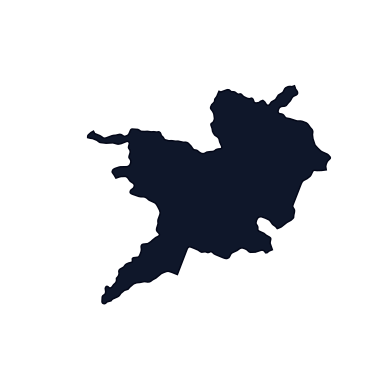 Concepción de la Vega, La Vega, Dominican Republic (Natural Earth projection), rotated 111°
{"feature_id": "3306468B4333912279461", "entity_name": "Concepción de la Vega", "entity_type": "district", "adm_level": 2, "iso_a3": "DOM", "parent_name": "Dominican Republic", "parent_adm1": "La Vega", "projection": "natural_earth1", "projection_center": [-70.509, 19.202], "detail": "fine", "context": "isolated", "style": "filled", "palette": "ink", "viewbox_px": 384, "rotation_deg": 111, "n_neighbors": 0, "source": "geoboundaries", "source_scale": "gbopen_adm2", "svg_char_len": 6025}
<svg xmlns="http://www.w3.org/2000/svg" viewBox="0 0 384 384"><g transform="rotate(111 192 192)"><path d="M274.3,176.1L246.8,176.1L245.6,175.9L244.4,175.3L244.0,174.5L243.8,173.6L243.8,170.2L244.0,165.5L244.7,162.6L244.7,161.4L243.0,158.2L242.9,155.6L242.4,154.7L241.0,153.3L240.8,152.6L240.9,151.5L241.8,149.2L242.0,147.1L242.2,139.0L242.1,137.4L241.8,136.0L241.3,135.2L240.1,134.1L238.9,133.8L235.9,133.5L234.3,132.7L230.5,129.0L227.6,127.1L226.5,125.8L226.1,124.5L226.0,122.1L226.2,120.2L227.3,117.5L227.4,116.6L227.3,115.7L225.4,111.3L222.0,107.1L221.2,105.9L221.0,104.9L221.0,104.0L221.5,102.8L222.4,101.5L222.1,100.8L221.8,100.2L221.1,99.8L219.4,98.8L217.1,96.3L211.9,100.7L210.6,101.1L207.6,101.6L206.9,102.1L206.7,102.4L206.3,103.7L205.8,107.2L204.8,110.1L204.5,115.1L204.3,116.0L203.9,116.8L203.3,117.2L201.6,117.8L200.6,118.4L199.8,119.3L199.0,120.5L198.3,121.0L197.6,121.3L195.4,121.6L194.0,121.5L192.6,121.2L191.8,120.8L191.0,119.9L190.5,119.1L190.2,118.2L190.1,114.1L190.4,110.4L190.6,109.5L191.3,108.2L193.1,105.5L193.5,104.6L194.3,101.5L195.6,99.3L193.8,97.3L192.5,96.1L186.4,92.5L182.9,89.5L180.5,88.3L179.5,88.0L177.1,88.7L173.9,89.2L172.2,89.8L171.1,90.9L170.0,92.4L169.3,92.8L168.1,93.1L145.8,93.0L143.9,92.9L142.5,92.6L141.3,92.0L138.2,89.3L135.0,87.4L133.4,87.0L129.6,86.7L128.9,86.5L128.2,86.1L127.8,85.4L127.2,83.0L125.5,78.9L123.2,74.6L120.3,76.3L118.2,76.7L116.0,76.7L114.3,76.4L111.2,75.0L110.5,75.1L109.9,75.5L108.6,77.9L108.2,79.2L107.9,84.6L107.6,86.5L105.9,90.5L104.2,93.8L103.6,94.4L98.9,98.2L95.3,100.1L92.5,100.8L91.4,101.5L90.6,102.4L89.4,104.7L87.3,107.9L86.9,108.7L86.5,110.1L86.5,114.1L86.8,116.0L87.9,118.8L88.1,119.8L88.5,127.0L89.2,130.6L88.8,131.8L87.4,134.0L87.1,134.8L87.0,136.1L87.5,138.5L87.3,139.3L86.9,139.9L85.9,140.6L84.7,140.8L83.0,140.8L81.7,140.5L80.4,139.5L79.7,138.4L78.8,136.5L78.0,135.5L77.3,135.0L74.2,134.0L71.6,132.9L68.2,132.4L67.0,132.0L66.3,131.6L63.9,129.3L62.8,128.8L62.0,128.8L60.9,129.3L59.8,130.5L58.8,132.2L57.7,133.0L56.1,134.4L57.9,136.5L58.3,138.3L59.2,140.0L60.5,141.3L61.2,141.9L62.4,142.4L65.4,142.7L66.6,143.0L70.6,146.1L75.6,147.1L76.4,147.6L79.2,149.9L80.0,150.3L82.7,150.9L83.3,151.4L83.8,152.0L84.0,152.8L83.9,153.2L83.6,154.0L81.8,156.5L81.1,158.7L82.9,160.7L83.9,161.1L84.5,161.6L85.7,163.6L86.1,164.7L86.1,165.6L85.8,166.3L83.9,167.9L83.4,168.5L83.0,169.6L83.1,170.2L84.1,171.4L84.4,172.1L84.7,173.5L84.7,175.0L84.4,178.1L83.1,180.9L83.0,181.7L83.2,182.3L84.0,183.4L84.2,184.0L84.1,185.1L83.4,187.4L83.4,188.7L84.2,191.2L84.1,192.0L83.4,193.6L83.4,194.4L83.8,195.6L84.3,196.3L88.3,200.9L88.3,202.9L94.0,203.1L97.2,204.0L99.1,203.5L100.3,203.5L103.5,204.9L106.0,205.0L106.8,204.8L107.5,204.4L109.3,201.6L110.9,199.9L111.6,199.4L115.3,197.4L116.9,197.1L118.6,197.2L119.7,197.5L121.2,198.6L121.9,198.6L122.6,198.4L125.6,195.9L127.9,194.6L129.2,193.3L130.6,191.4L130.9,190.5L131.5,187.8L132.3,186.3L133.2,185.5L135.3,184.1L138.7,180.7L139.7,180.1L140.5,180.1L141.1,180.5L141.7,181.4L142.4,182.9L143.1,183.9L143.9,184.8L145.3,185.6L146.2,186.4L146.9,187.5L147.8,189.5L149.4,192.4L151.4,194.1L152.1,195.1L152.4,196.0L152.6,197.4L152.3,199.2L151.4,201.9L151.4,203.2L151.8,204.9L151.8,205.7L151.2,206.9L149.4,209.5L147.8,213.0L147.6,214.4L147.8,215.7L148.7,218.0L149.5,223.2L150.5,225.6L151.3,229.2L152.5,232.1L152.9,235.9L152.6,236.9L151.3,238.4L150.3,240.8L148.9,242.0L148.1,242.8L147.7,243.9L147.7,244.7L148.7,246.4L149.4,249.3L150.5,251.7L151.3,255.3L152.4,257.7L153.5,260.8L153.6,261.9L153.1,263.7L153.0,265.0L154.7,270.6L155.3,271.2L156.0,271.5L160.2,271.7L161.5,272.0L162.6,272.8L164.1,274.5L164.4,275.7L163.9,277.8L163.8,278.7L163.9,279.5L164.2,280.4L166.3,283.5L167.3,285.6L168.1,286.8L172.2,291.5L172.7,292.2L173.3,293.4L173.3,294.2L172.7,296.5L172.4,298.3L172.3,303.8L170.5,305.8L172.5,307.5L175.7,309.2L176.4,309.4L177.2,309.4L178.6,308.9L178.2,305.9L177.7,303.9L177.8,299.4L178.6,296.6L178.7,295.8L178.6,295.1L177.2,289.6L174.5,283.6L174.3,282.2L174.0,278.9L173.7,277.9L173.0,276.7L172.2,275.5L168.1,271.0L167.7,269.8L167.9,269.0L168.7,268.1L169.4,267.8L172.2,267.5L173.3,267.2L173.8,266.8L175.2,264.9L176.5,264.1L177.8,263.8L181.1,263.6L182.2,263.3L182.8,262.8L183.8,261.2L185.0,260.2L186.7,259.7L188.8,259.7L190.4,260.4L191.6,261.6L194.1,267.7L194.8,268.9L197.5,272.2L198.5,273.1L199.3,273.6L200.1,273.9L201.7,273.8L202.3,273.4L204.2,270.6L206.3,268.0L204.1,265.4L203.0,263.8L201.3,259.8L201.3,258.9L201.4,258.0L202.0,256.7L203.8,254.1L204.2,253.2L204.9,250.1L205.5,249.0L206.1,248.4L207.3,248.0L209.0,248.0L210.1,248.5L211.8,249.6L212.9,249.9L214.1,249.8L214.8,249.4L215.0,249.0L215.3,248.2L215.4,246.9L215.2,240.1L214.8,238.1L213.9,235.7L213.6,233.9L213.9,232.0L214.8,229.7L215.0,228.7L215.3,224.1L215.5,222.5L216.3,220.8L217.8,218.9L220.7,215.7L222.6,214.3L224.4,213.9L229.9,213.8L231.2,213.5L233.8,212.3L238.4,212.0L239.7,211.7L240.5,211.3L241.3,210.4L242.3,208.3L243.0,207.4L243.6,207.0L244.3,207.0L245.3,207.5L247.6,209.6L251.2,211.7L253.1,212.6L255.6,214.4L256.2,215.0L258.2,218.9L259.0,219.8L260.1,220.1L261.3,219.9L263.7,218.7L265.5,218.2L268.7,218.1L270.9,218.3L271.7,218.6L272.3,219.2L274.3,223.0L274.8,223.5L275.8,223.8L277.8,222.9L278.5,222.8L279.2,223.1L281.0,225.7L282.7,227.4L283.8,228.1L286.6,228.9L289.4,231.2L290.1,231.7L290.9,232.0L291.7,232.0L292.5,231.8L294.1,230.9L295.8,230.6L297.4,230.8L299.6,231.6L301.6,230.8L302.5,230.6L304.2,230.8L306.7,232.0L309.1,232.6L310.2,233.1L310.7,233.6L311.1,234.4L311.1,235.0L310.5,236.5L310.5,237.6L311.0,238.2L312.0,238.5L313.2,238.4L315.9,236.9L317.7,236.5L318.8,236.8L320.9,238.1L322.1,238.2L326.5,236.8L327.4,236.2L327.8,235.5L327.9,234.7L327.6,233.5L326.8,232.8L325.0,231.9L322.6,228.6L321.4,228.3L320.3,227.7L316.7,224.1L315.6,223.2L314.5,222.7L312.0,222.1L308.1,219.9L305.7,216.9L303.1,216.0L298.7,213.6L296.8,211.5L296.3,210.7L295.1,208.2L292.8,204.6L292.5,203.7L291.9,201.0L291.1,199.5L290.2,198.6L288.1,197.3L285.3,194.9L279.1,191.4L277.1,189.4L275.3,187.3L274.6,186.0L274.4,185.1L274.2,182.1L274.3,176.1Z" fill="#0f172a" stroke="#020617" stroke-width="1.5"/></g></svg>